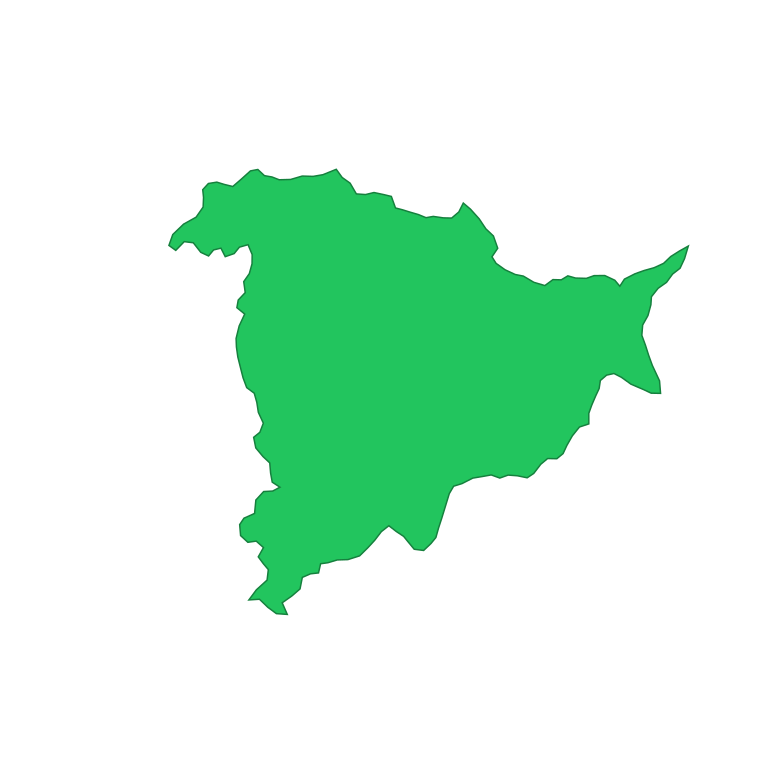 Florestal, Minas Gerais, Brazil, rotated 205°
{"feature_id": "56859067B66859822929128", "entity_name": "Florestal", "entity_type": "district", "adm_level": 2, "iso_a3": "BRA", "parent_name": "Brazil", "parent_adm1": "Minas Gerais", "projection": "albers", "projection_center": [-44.443, -19.858], "detail": "fine", "context": "isolated", "style": "filled", "palette": "green", "viewbox_px": 768, "rotation_deg": 205, "n_neighbors": 0, "source": "geoboundaries", "source_scale": "gbopen_adm2", "svg_char_len": 2535}
<svg xmlns="http://www.w3.org/2000/svg" viewBox="0 0 768 768"><g transform="rotate(205 384 384)"><path d="M374.3,134.3L383.8,142.7L377.8,153.2L373.5,162.8L376.3,174.2L370.4,180.9L363.5,185.1L365.5,194.3L359.3,198.3L352.0,204.8L342.5,209.6L333.5,217.9L329.5,228.6L326.4,238.3L324.0,249.1L319.7,257.6L310.5,255.5L301.8,254.2L295.0,250.9L286.8,247.0L277.7,249.9L274.0,259.3L272.1,266.8L273.7,276.5L274.9,286.5L276.8,300.1L278.5,312.2L277.7,320.8L271.2,326.7L263.8,336.2L255.2,342.1L248.4,346.9L239.3,347.7L233.0,353.9L224.3,357.2L214.6,359.5L210.5,366.2L208.0,377.5L204.2,385.6L195.8,389.3L192.3,396.6L192.3,405.7L191.4,416.6L188.7,427.6L181.5,434.4L186.0,444.0L186.8,452.8L187.1,462.2L187.1,470.8L189.4,478.6L186.0,486.1L180.0,490.7L171.7,490.4L160.1,488.2L147.5,488.6L138.0,488.6L129.4,492.4L135.6,503.3L148.7,514.3L156.3,521.9L163.4,529.6L170.9,537.1L174.5,546.8L173.7,557.6L175.6,568.6L178.5,576.1L176.0,586.6L170.9,595.5L168.9,605.6L164.6,614.0L164.6,624.7L166.5,637.6L172.5,629.3L178.0,620.7L181.6,611.5L188.4,603.5L196.2,596.8L203.0,590.1L210.4,580.7L211.6,572.3L218.7,575.6L229.8,575.6L239.4,571.0L245.2,565.3L255.1,561.0L263.1,559.7L267.4,553.3L275.0,550.0L279.8,541.2L291.2,539.5L303.3,540.7L311.4,538.7L322.5,538.7L333.4,540.7L339.9,544.9L338.3,555.1L347.4,564.4L357.3,567.7L367.5,573.9L379.5,579.0L388.6,581.5L388.9,571.5L392.8,563.0L400.3,559.7L410.2,556.7L416.2,552.5L424.5,552.1L432.9,550.8L441.0,549.7L448.0,548.4L456.6,557.1L464.1,555.6L474.0,553.3L480.8,547.9L489.4,544.6L499.6,551.7L509.2,553.5L518.0,558.4L527.8,547.9L536.0,542.2L546.0,537.9L555.1,529.9L565.3,524.8L573.0,524.3L580.4,522.3L589.0,525.1L595.1,520.7L599.8,509.6L604.5,499.1L613.0,497.4L620.8,496.3L627.9,491.5L630.4,483.5L626.4,476.8L622.7,467.9L624.8,455.8L633.2,444.2L638.6,430.2L637.5,418.7L629.2,417.1L625.2,428.6L616.5,431.4L605.7,425.9L597.1,425.9L595.1,433.5L589.2,438.2L581.7,432.3L574.9,438.9L572.9,446.9L566.1,452.8L558.2,445.6L554.4,437.2L552.7,427.1L554.4,417.5L548.4,408.2L551.6,398.5L549.6,391.0L539.8,388.5L539.8,375.4L537.3,362.8L533.4,355.2L527.9,346.7L521.1,338.3L514.3,330.0L506.9,322.7L497.7,320.8L491.5,313.6L485.9,305.2L476.8,297.5L476.1,287.8L479.6,280.6L473.2,271.9L463.0,267.1L454.2,264.2L449.1,255.3L443.8,247.8L434.7,246.5L439.7,239.9L447.6,235.7L451.1,224.7L446.6,212.0L454.2,203.2L455.4,195.6L449.9,186.0L440.5,183.0L433.4,187.6L424.1,184.8L424.9,174.2L417.3,170.1L410.4,166.9L407.1,156.9L412.7,143.5L415.2,131.2L405.9,136.3L394.8,132.5L384.5,130.4L374.3,134.3Z" fill="#22c55e" stroke="#15803d" stroke-width="1.5"/></g></svg>